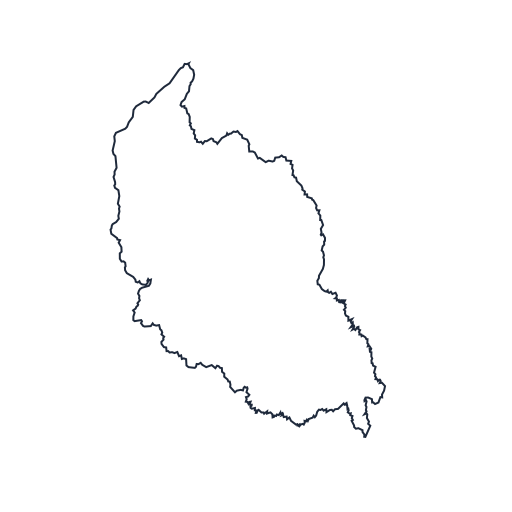 Cajibío, Cauca, Colombia (Equal Earth projection), rotated 28°
{"feature_id": "7082276B54436910707179", "entity_name": "Cajibío", "entity_type": "district", "adm_level": 2, "iso_a3": "COL", "parent_name": "Colombia", "parent_adm1": "Cauca", "projection": "equal_earth", "projection_center": [-76.672, 2.658], "detail": "fine", "context": "isolated", "style": "outline", "palette": "slate", "viewbox_px": 512, "rotation_deg": 28, "n_neighbors": 0, "source": "geoboundaries", "source_scale": "gbopen_adm2", "svg_char_len": 6126}
<svg xmlns="http://www.w3.org/2000/svg" viewBox="0 0 512 512"><g transform="rotate(28 256 256)"><path d="M347.1,388.3L348.9,387.8L348.8,386.2L350.8,385.8L351.0,382.8L351.8,383.9L353.1,382.1L353.7,382.5L353.6,384.4L354.4,383.4L356.1,385.2L358.4,383.4L360.1,385.6L361.3,382.9L364.3,385.1L370.5,386.1L371.3,385.2L372.1,386.1L373.2,384.6L373.6,386.0L374.2,386.1L374.6,383.8L376.2,382.2L377.3,382.4L377.3,380.3L376.3,378.8L377.6,378.5L377.7,377.1L378.3,377.6L378.7,376.3L379.2,376.8L379.1,375.2L381.9,372.1L381.9,369.9L383.6,370.7L384.0,368.7L383.2,364.8L383.7,362.1L385.2,361.7L386.3,360.0L388.3,360.8L390.0,358.3L391.5,360.8L393.5,357.3L395.1,356.2L397.0,356.9L397.7,354.2L400.2,352.5L402.6,345.0L403.9,345.7L405.0,343.3L405.9,344.3L405.6,345.1L406.7,345.2L408.7,348.3L409.2,347.5L410.3,348.8L410.4,350.9L412.7,351.2L413.5,350.5L414.0,352.3L416.3,352.0L416.7,354.2L418.5,355.3L417.8,356.6L422.2,359.6L422.9,360.9L425.3,361.6L427.2,360.0L431.8,359.8L432.7,361.4L435.6,362.8L436.4,364.8L437.5,364.4L436.6,352.2L433.8,351.5L433.5,349.2L430.0,347.0L428.6,343.6L427.5,343.1L426.1,344.8L426.5,341.2L425.4,340.5L424.4,337.4L422.9,336.4L421.9,332.5L420.6,331.5L419.9,333.1L419.4,332.4L419.2,329.6L421.5,328.3L425.6,328.0L427.3,330.8L428.1,330.2L430.6,330.8L432.9,327.9L432.1,322.2L433.8,321.6L432.3,319.2L432.3,314.8L431.0,310.3L426.7,308.8L424.9,310.1L424.8,307.9L423.6,307.0L422.9,307.3L422.4,309.2L420.8,307.9L419.3,308.6L419.0,306.8L417.5,306.3L416.9,304.3L415.0,303.6L413.6,297.7L410.8,297.8L409.3,296.0L408.4,296.3L406.9,293.9L406.8,292.0L405.0,290.6L403.1,286.8L401.6,287.1L400.1,284.9L401.4,284.7L401.3,283.8L398.5,282.3L397.1,283.3L396.8,281.2L395.3,280.8L393.5,277.1L392.4,277.6L390.9,276.5L387.7,276.1L386.9,277.2L385.9,275.9L384.1,276.8L383.7,275.5L382.6,274.8L382.7,272.6L380.8,272.6L379.7,270.5L378.8,271.4L378.5,274.7L376.7,274.3L375.8,275.6L375.9,272.3L375.3,271.6L373.1,274.4L373.6,270.9L372.5,269.1L371.7,270.4L370.2,269.2L370.4,266.6L367.9,269.7L366.1,266.3L363.3,266.4L361.5,264.9L360.7,262.8L358.9,262.2L359.5,259.5L358.0,258.4L357.9,256.8L353.8,256.6L354.4,254.9L355.6,255.0L355.5,253.3L351.9,255.1L352.3,257.3L351.1,257.7L349.8,255.9L348.3,257.3L347.4,255.6L345.8,256.2L346.3,255.1L346.0,252.9L343.5,251.1L341.3,253.7L338.9,252.4L337.9,254.2L336.5,254.1L335.4,252.7L334.8,254.5L333.0,254.8L329.7,254.3L325.5,251.6L323.8,252.0L321.8,249.1L321.9,246.0L320.9,243.9L321.1,236.0L320.2,232.1L317.6,227.0L316.0,225.5L315.7,223.5L313.1,220.7L311.4,220.3L310.3,216.2L310.9,214.0L309.3,211.2L309.8,210.3L308.4,207.6L305.0,205.4L303.9,207.1L303.2,206.8L302.9,204.6L300.5,201.6L300.7,197.2L296.8,193.6L295.8,194.1L293.8,190.1L291.1,189.0L290.5,185.9L288.6,187.0L286.5,185.4L285.8,183.0L280.4,179.8L279.1,179.9L278.2,178.9L273.5,179.8L272.2,177.6L270.0,178.9L268.9,176.1L265.7,175.7L265.3,174.4L263.0,172.5L256.9,170.8L254.6,168.0L253.0,168.5L251.3,167.1L250.2,167.4L248.7,163.1L246.7,161.7L245.5,158.4L243.3,158.5L242.5,155.5L238.0,157.5L235.7,154.9L233.6,155.7L231.5,155.2L230.0,158.0L226.8,160.1L227.4,163.4L226.3,164.8L222.4,165.9L220.5,168.6L213.2,167.6L212.0,169.0L206.4,165.2L204.1,165.2L201.0,166.9L197.8,162.1L197.7,160.5L193.6,157.4L188.5,158.1L186.7,155.9L184.7,156.0L181.0,154.4L180.1,155.9L177.7,156.7L176.4,159.8L175.5,160.2L174.6,162.0L172.9,161.2L173.3,163.6L170.5,167.9L169.2,175.1L167.7,174.2L164.6,174.5L163.1,173.0L161.3,173.2L158.6,177.8L156.9,178.5L156.3,181.9L153.8,180.9L152.8,182.1L150.3,182.9L149.3,181.1L146.9,181.0L145.6,178.0L143.5,177.1L142.5,173.8L139.4,174.1L137.6,172.0L136.2,171.7L136.2,169.5L134.6,169.1L132.2,164.3L129.9,162.3L128.4,162.3L125.1,158.5L123.3,158.8L122.4,157.2L120.5,158.9L118.5,158.2L118.0,155.0L119.5,151.1L118.8,145.2L119.5,142.0L117.5,137.2L117.7,135.0L116.9,133.7L117.6,131.9L117.5,128.8L116.3,125.0L113.3,121.4L109.8,120.9L106.2,118.3L106.2,117.4L105.0,119.0L102.8,119.9L102.9,123.7L101.4,125.4L100.6,128.0L98.6,144.1L95.6,149.6L91.9,159.6L91.9,163.7L89.4,171.3L86.1,171.4L84.4,172.4L79.9,180.1L79.3,184.5L81.9,191.0L80.9,197.7L81.5,202.5L80.8,205.0L74.5,213.0L74.7,216.9L77.4,220.9L79.9,230.2L82.2,232.8L85.0,233.8L91.5,243.6L91.5,248.0L92.9,250.4L93.1,253.1L96.9,256.9L98.0,258.8L97.8,260.3L99.5,262.0L103.6,262.5L107.2,267.3L109.5,274.7L112.4,276.4L112.8,278.5L114.5,280.8L115.6,285.2L117.4,287.5L116.6,291.7L114.5,295.1L114.4,296.7L115.4,299.6L115.2,301.0L117.8,304.3L124.9,305.4L125.8,306.5L128.5,305.8L128.5,308.7L133.0,311.4L135.3,315.3L134.5,317.6L137.1,322.4L139.9,324.0L141.6,322.9L143.6,323.3L145.7,326.3L145.6,327.6L147.1,330.0L150.0,331.8L157.4,332.1L160.6,333.5L161.9,335.2L164.0,334.9L164.9,333.0L166.7,334.4L168.9,334.5L172.2,333.2L172.9,331.1L172.7,329.5L171.7,329.0L171.6,327.0L173.0,327.7L174.3,326.2L175.6,329.9L175.4,332.6L170.3,337.5L169.1,339.6L169.0,341.8L169.5,344.6L171.8,346.0L172.6,348.2L174.2,349.6L173.5,353.4L174.8,354.2L174.9,355.3L174.2,357.0L174.4,358.9L173.0,361.7L175.4,362.9L176.1,366.9L177.8,370.2L179.4,370.5L184.7,366.5L186.0,367.2L186.0,369.3L189.2,370.8L190.7,370.6L196.0,367.3L196.4,364.0L198.0,364.8L200.6,364.3L202.9,362.5L205.8,365.7L207.4,366.0L209.2,367.7L209.3,369.6L212.8,370.4L212.6,372.1L213.6,373.3L212.8,376.3L213.9,378.0L217.5,379.7L219.6,378.9L221.7,382.0L223.2,381.2L225.0,381.8L227.1,380.3L229.6,380.0L231.6,377.7L235.1,380.6L236.5,378.9L238.9,381.7L240.3,380.3L242.7,379.9L246.0,385.3L248.6,385.8L254.5,383.5L255.0,381.9L254.3,379.2L256.0,378.5L257.3,376.3L259.6,377.3L264.2,377.5L268.1,373.1L272.8,374.1L273.1,371.2L274.7,370.8L276.7,371.6L278.5,371.0L280.4,374.2L283.2,374.7L284.6,377.5L288.9,378.4L290.4,379.8L291.8,379.2L293.9,381.7L294.6,383.7L301.4,386.2L302.3,383.9L305.3,381.4L307.6,380.8L307.0,378.1L307.4,376.8L308.9,377.0L309.9,376.1L310.8,377.1L311.5,380.7L315.3,381.7L315.0,383.7L313.4,385.3L315.0,386.8L315.4,389.4L316.9,388.9L318.2,389.7L318.6,388.0L319.6,387.2L319.9,390.3L322.0,389.3L322.4,390.2L321.8,391.6L322.5,392.6L324.0,392.8L326.4,390.7L327.4,392.8L328.9,392.2L329.5,394.6L330.2,394.2L330.0,391.4L330.5,390.6L334.3,391.6L336.2,390.6L337.2,391.4L338.8,387.9L339.7,389.9L342.2,387.3L344.8,388.1L346.4,390.7L347.4,389.6L347.1,388.3Z" fill="none" stroke="#1e293b" stroke-width="2"/></g></svg>